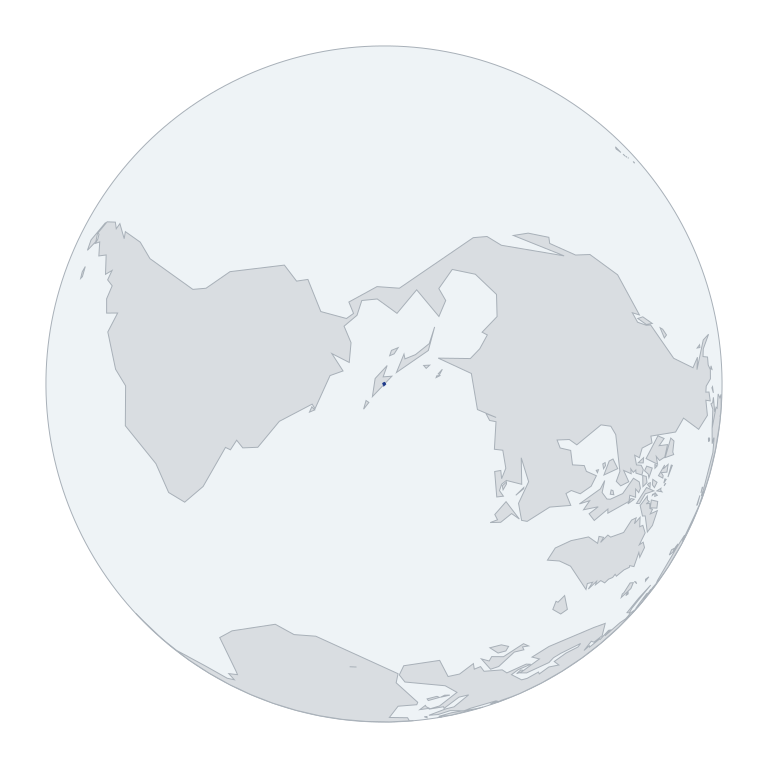 the Earth from above Santiago Rodríguez, rotated 118°
{"feature_id": "DOM-1391", "entity_name": "Santiago Rodríguez", "entity_type": "Province", "adm_level": 1, "iso_a3": "DOM", "parent_name": "Dominican Republic", "parent_adm1": "", "projection": "orthographic", "projection_center": [-71.283, 19.365], "detail": "fine", "context": "on_globe", "style": "filled", "palette": "blue", "viewbox_px": 768, "rotation_deg": 118, "n_neighbors": 0, "source": "natural_earth", "source_scale": "10m", "svg_char_len": 9789}
<svg xmlns="http://www.w3.org/2000/svg" viewBox="0 0 768 768"><g transform="rotate(118 384 384)"><circle cx="384" cy="384" r="338" fill="#eef3f6" stroke="#a8b0b8"/><path d="M343.8,447.9L336.0,444.0L328.1,453.5L301.3,435.9L292.2,415.4L212.9,373.9L205.4,362.3L206.4,345.5L186.3,285.1L192.1,339.5L183.1,327.5L177.1,307.3L182.1,303.7L180.2,275.4L173.0,263.0L177.9,229.0L203.1,190.9L204.5,198.2L210.4,189.1L209.0,179.9L206.7,176.3L225.3,140.3L224.6,118.8L213.2,119.8L224.4,114.4L195.2,122.8L187.7,120.8L203.1,118.6L210.0,115.2L208.3,111.0L215.0,106.7L218.1,102.6L226.2,98.2L234.6,98.5L240.1,96.0L238.5,93.3L245.8,88.0L247.2,92.2L259.9,83.7L276.3,84.9L273.5,103.5L289.5,104.0L304.7,123.9L310.2,119.7L319.4,126.0L329.2,123.9L329.2,129.2L336.9,123.1L335.0,118.8L337.8,114.9L343.3,113.6L344.4,119.7L341.7,121.3L345.0,122.4L343.1,126.2L347.2,123.6L347.8,131.8L355.4,122.0L362.8,127.2L360.9,133.2L350.4,134.7L319.9,155.6L314.8,163.9L318.2,173.2L347.2,185.2L346.0,194.3L352.2,204.9L357.8,198.4L355.0,188.0L366.9,179.6L362.0,168.9L366.1,164.3L365.3,153.4L377.0,153.1L388.8,159.2L390.1,168.6L395.3,171.9L403.5,162.1L414.9,179.9L438.1,193.1L439.8,198.5L426.2,209.2L402.4,210.4L384.7,228.2L407.9,215.3L411.7,230.7L417.3,233.1L423.9,232.0L427.0,225.9L430.8,231.4L409.3,245.2L405.5,240.3L412.4,235.7L401.2,236.9L386.7,248.0L389.8,255.9L364.7,267.4L366.6,273.6L362.2,280.1L360.9,269.3L362.7,289.5L333.7,311.8L335.7,348.3L321.0,319.7L308.0,316.0L292.2,315.8L292.2,321.7L271.4,315.8L252.1,326.7L244.2,354.9L250.8,377.5L274.0,380.4L281.3,368.7L298.6,367.2L285.5,399.4L315.5,405.7L312.1,429.9L320.7,442.8L336.0,440.1L351.7,446.4L363.0,432.5L381.3,424.8L381.6,444.4L391.7,426.3L401.9,435.6L438.2,433.3L435.5,438.0L466.1,458.9L499.1,465.7L506.7,478.7L502.8,487.7L514.2,488.7L514.4,494.2L559.4,495.6L581.9,504.5L580.9,523.2L561.4,548.0L542.3,592.8L506.9,611.3L497.0,627.9L467.7,652.3L446.4,652.5L451.6,662.2L439.0,668.9L424.9,670.1L421.8,676.9L411.4,677.4L417.9,681.4L400.5,689.9L404.8,695.9L392.0,701.7L395.3,704.8L390.6,704.7L385.6,705.9L385.0,707.5L370.8,704.6L367.2,697.2L372.6,693.3L366.4,692.5L377.7,681.6L370.9,683.9L373.2,665.8L383.2,649.5L390.2,597.2L383.0,586.1L357.1,572.7L325.8,527.8L334.2,509.5L327.4,500.3L349.7,473.8L343.8,447.9ZM65.9,291.0L68.4,283.5L67.5,289.4L65.9,291.0ZM69.6,278.2L68.8,280.9L69.4,278.5L69.6,278.2ZM69.8,276.0L69.6,277.6L69.5,276.5L69.8,276.0ZM69.7,273.9L69.8,274.7L69.7,274.9L69.7,273.9ZM333.6,360.6L368.0,378.4L348.2,380.4L352.0,377.3L343.3,370.0L327.1,363.0L309.8,366.1L333.6,360.6ZM70.6,268.5L70.9,266.9L71.3,266.9L70.6,268.5ZM349.6,340.9L343.6,339.4L349.5,339.4L349.6,340.9ZM204.6,175.6L208.3,180.3L207.0,190.7L203.2,187.0L204.6,175.6ZM208.1,157.6L211.7,158.1L204.7,166.6L204.8,163.7L208.1,157.6ZM203.5,122.2L205.2,124.4L201.2,123.8L203.5,122.2ZM217.0,102.8L214.4,103.8L217.1,101.3L217.0,102.8ZM359.0,154.4L362.1,153.9L360.6,156.1L359.0,154.4ZM355.7,150.4L351.8,153.3L349.6,151.9L352.1,150.1L355.7,150.4ZM232.1,92.7L237.2,89.0L233.4,92.7L232.1,92.7ZM361.1,147.1L346.3,149.0L342.7,146.6L349.0,137.9L361.1,147.1ZM241.1,86.9L253.4,78.9L248.6,79.9L269.1,73.5L251.9,81.8L248.0,86.0L246.2,85.0L241.1,86.9ZM332.0,118.1L334.3,122.6L327.2,120.2L332.0,118.1ZM326.8,117.6L301.2,117.8L300.6,111.1L309.3,112.1L304.4,105.2L316.7,101.8L322.2,104.8L320.1,109.6L326.4,104.8L326.8,117.6ZM278.5,71.8L282.7,70.3L279.8,72.0L278.5,71.8ZM338.3,113.2L333.2,113.5L332.3,107.7L342.4,106.1L339.5,108.4L338.3,113.2ZM297.1,105.4L298.2,101.2L308.5,97.1L310.3,95.1L317.0,101.2L297.1,105.4ZM342.5,109.1L347.6,105.5L353.1,107.2L343.3,112.6L342.5,109.1ZM327.9,107.0L327.9,104.3L331.2,105.2L327.9,107.0ZM375.4,112.4L369.2,112.2L368.3,109.0L375.4,112.4ZM349.1,104.1L347.2,103.5L346.1,102.5L350.5,100.6L349.1,104.1ZM323.7,98.2L327.8,97.6L321.6,95.4L329.0,92.8L332.1,97.6L333.9,94.5L336.2,93.7L336.1,98.6L323.7,98.2ZM351.7,95.6L358.2,101.7L369.7,102.3L370.9,105.0L352.1,103.6L351.7,95.6ZM342.6,96.8L348.5,96.6L347.0,99.7L342.0,101.9L342.6,96.8ZM332.9,89.6L320.7,92.3L320.5,91.2L332.9,89.6ZM355.4,95.1L353.7,93.7L356.4,94.8L355.4,95.1ZM340.2,90.4L335.9,91.4L335.7,90.1L340.2,90.4ZM354.0,90.4L356.1,92.2L352.8,93.5L354.0,90.4ZM347.9,89.9L348.7,87.9L350.3,92.9L346.0,90.5L347.9,89.9ZM340.7,89.1L339.2,88.6L342.5,88.8L340.7,89.1ZM365.5,84.8L368.3,90.8L360.9,93.5L359.2,87.2L365.5,84.8ZM394.4,710.3L372.0,705.6L384.6,707.9L393.5,705.3L405.2,708.6L394.4,710.3ZM420.5,702.9L430.8,700.7L433.2,701.4L426.6,703.1L420.5,702.9ZM645.4,169.9L651.8,179.7L642.7,170.2L626.7,149.3L622.8,144.9L645.4,169.9ZM611.7,134.3L610.3,133.3L598.9,123.3L608.3,132.0L611.3,134.2L617.2,140.1L614.8,138.6L610.8,134.8L611.2,136.4L629.8,155.5L634.9,159.8L641.3,172.2L650.4,181.0L655.4,188.8L641.9,177.0L636.2,170.6L618.7,163.3L625.3,170.8L642.2,178.7L641.0,179.9L650.1,191.8L642.2,183.8L622.0,174.8L621.7,188.3L637.3,225.6L633.7,233.9L623.5,234.3L601.9,205.1L612.2,190.1L604.6,181.1L588.9,173.8L593.4,170.4L588.2,166.1L590.7,160.8L580.9,145.4L581.4,139.9L564.6,127.0L562.6,122.9L573.2,131.4L580.8,135.0L580.6,123.6L576.7,119.4L565.8,112.4L567.1,110.8L556.5,105.6L550.0,97.7L549.1,103.4L536.2,97.0L525.2,89.3L520.8,88.6L538.7,101.4L546.0,105.8L552.5,107.6L572.2,122.5L575.1,128.1L553.8,117.7L555.6,125.1L538.3,115.1L500.6,84.5L491.5,76.3L503.8,73.2L513.4,77.4L513.8,80.2L525.4,82.3L518.7,79.8L519.8,79.0L507.8,73.9L508.0,73.2L496.1,70.1L495.0,68.7L502.6,70.7L483.8,63.5L478.1,60.5L473.7,59.4L470.7,59.0L465.4,56.3L462.4,55.6L463.0,56.2L457.5,55.5L445.7,53.6L444.5,52.7L448.6,53.3L455.4,53.8L466.5,56.3L465.8,56.1L488.7,62.7L511.2,70.9L533.0,80.7L554.0,92.0L574.2,104.7L593.5,118.8L611.7,134.3ZM462.0,55.2L454.9,53.6L446.6,52.8L439.9,52.0L442.4,51.7L441.0,51.7L437.2,51.1L432.4,50.0L429.0,50.3L389.5,48.7L376.2,47.6L382.9,46.7L354.0,48.1L341.3,48.9L341.9,49.1L328.5,51.2L332.3,50.9L331.6,51.3L298.8,59.3L290.2,61.4L276.8,67.2L277.0,67.6L282.7,66.2L269.1,73.5L248.6,79.9L249.0,78.5L235.9,84.3L238.6,80.9L234.8,81.5L245.3,75.9L243.4,76.7L252.1,72.9L255.2,72.0L254.1,72.0L254.6,71.8L260.5,69.5L262.1,68.8L286.1,60.6L310.7,54.1L335.7,49.5L361.0,46.9L386.4,46.1L411.8,47.2L437.1,50.3L462.0,55.2ZM703.0,495.5L705.2,488.7L713.2,460.2L716.6,442.0L716.8,409.5L717.4,384.3L715.4,377.3L712.6,385.1L709.4,376.9L706.9,380.0L685.0,410.0L673.3,402.3L647.2,367.2L647.5,345.8L638.7,325.8L633.2,235.6L642.1,233.0L649.2,204.8L651.8,204.5L661.9,220.3L675.9,222.7L667.6,206.5L669.5,203.4L667.4,199.9L679.6,220.2L690.3,241.3L699.6,263.2L707.3,285.6L713.4,308.5L717.9,331.8L720.7,355.3L721.9,379.0L721.4,402.7L719.3,426.3L715.5,449.7L710.0,472.8L703.0,495.5ZM646.8,275.4L649.8,281.6L646.8,275.4ZM439.4,433.0L443.8,436.6L438.0,437.0L439.4,433.0ZM345.3,388.6L352.6,389.2L356.4,392.3L350.8,393.2L345.3,388.6ZM407.4,388.7L415.8,390.2L407.0,392.1L407.4,388.7ZM373.4,380.7L400.6,388.3L383.3,394.4L366.2,389.9L378.1,388.1L373.4,380.7ZM345.9,352.5L350.4,354.1L349.0,357.7L345.9,352.5ZM353.9,341.0L352.1,341.3L349.9,338.2L353.9,341.0ZM413.0,229.8L414.8,228.9L421.5,229.2L418.3,231.8L413.0,229.8ZM451.3,216.0L456.5,225.2L450.6,220.0L447.2,224.9L430.6,221.0L439.7,201.1L438.5,210.5L451.3,216.0ZM410.9,211.5L420.4,215.4L409.7,212.0L410.9,211.5ZM557.2,150.8L562.5,151.1L568.0,157.0L567.2,166.7L559.2,157.9L557.2,150.8ZM568.7,150.5L547.8,138.9L547.4,133.4L551.1,138.3L553.0,135.7L559.5,143.1L579.6,150.1L585.8,156.0L581.0,169.0L579.2,161.1L574.1,160.9L568.7,150.5ZM495.0,127.9L486.0,125.2L496.9,116.3L504.1,120.0L503.8,129.1L495.1,130.1L495.0,127.9ZM375.1,132.5L370.9,133.7L370.6,131.8L373.9,129.1L375.1,132.5ZM372.6,112.6L393.0,125.7L389.3,127.6L405.8,134.3L402.3,142.0L391.8,137.2L401.4,148.8L390.5,147.6L398.2,155.2L375.0,143.7L365.6,143.8L377.4,140.5L380.9,133.2L379.5,130.1L368.7,121.8L350.1,119.5L350.6,112.7L355.8,108.6L360.3,108.1L358.6,112.5L365.9,108.7L366.9,114.7L372.6,112.6ZM417.0,76.8L413.1,79.9L427.9,77.6L429.0,81.8L430.6,81.3L435.6,84.9L444.6,88.6L443.5,90.6L447.5,91.3L450.9,94.1L456.0,95.8L455.8,100.3L462.0,103.0L458.4,103.7L469.1,107.3L461.1,106.7L464.7,110.8L470.6,109.2L457.3,133.7L457.9,146.0L462.8,157.0L448.4,155.8L434.5,145.3L423.0,131.6L424.4,120.6L417.6,122.6L416.3,118.1L422.2,118.4L412.3,115.4L412.8,112.0L402.6,102.7L387.9,101.5L383.8,98.5L389.8,97.3L381.5,95.3L390.0,91.2L387.3,89.1L392.9,83.5L406.1,83.1L402.0,80.9L406.1,77.2L417.0,76.8ZM367.5,83.2L382.9,80.6L391.1,82.0L377.9,91.4L379.2,93.8L371.0,100.8L359.3,98.9L362.7,97.0L363.3,94.7L366.7,96.2L364.5,93.4L369.1,90.8L368.6,88.1L373.7,87.9L367.5,83.2ZM648.3,196.6L649.2,195.2L649.0,191.6L654.7,199.5L648.3,196.6ZM634.9,190.6L634.7,187.9L642.7,196.3L641.8,198.1L634.9,190.6ZM627.8,179.8L634.1,187.1L630.2,184.3L627.8,179.8ZM572.3,129.0L571.3,126.3L573.8,127.6L577.5,130.9L572.3,129.0ZM461.1,74.3L457.6,75.0L455.6,74.2L444.1,73.3L442.4,70.6L448.7,70.0L461.1,74.3ZM653.5,180.1L652.8,179.2L651.0,176.9L650.6,176.3L653.5,180.1ZM657.4,190.0L658.5,189.2L658.9,192.2L657.4,190.0ZM457.3,71.2L452.7,71.0L454.7,69.9L457.3,71.2ZM440.5,68.7L441.7,67.1L440.8,70.2L440.5,68.7ZM436.3,54.1L454.3,57.7L466.0,59.9L470.9,59.9L471.8,62.1L453.6,58.6L436.3,54.1ZM395.4,49.1L391.2,50.1L387.9,49.5L388.3,49.2L395.4,49.1ZM396.5,49.9L401.1,51.8L395.4,52.3L392.9,50.6L396.5,49.9ZM429.9,59.6L435.3,60.6L433.6,61.4L429.9,59.6ZM281.1,70.0L282.5,70.2L278.9,71.1L281.1,70.0ZM334.0,51.1L332.4,51.7L328.2,52.2L334.0,51.1ZM325.6,54.1L331.5,53.0L325.8,54.5L325.6,54.1ZM344.5,50.9L334.0,52.8L343.3,50.6L344.5,50.9Z" fill="#d9dde1" stroke="#a8b0b8" stroke-width="1"/><path d="M383.4,382.8L383.6,383.0L383.8,383.0L383.9,382.9L384.0,382.9L384.2,383.0L384.4,383.0L384.5,383.0L384.7,383.3L385.2,383.4L385.1,383.5L385.0,383.8L384.8,383.9L384.7,383.9L384.4,384.0L384.2,384.2L384.2,384.4L384.2,384.6L384.3,384.8L384.3,385.0L384.0,385.1L383.8,385.0L383.5,384.9L383.3,384.8L383.1,384.5L382.9,384.4L382.7,384.2L383.0,384.0L383.0,383.7L383.1,383.4L383.1,383.2L383.3,382.9L383.4,382.8Z" fill="#3b82f6" stroke="#1e3a8a" stroke-width="1.5"/></g></svg>